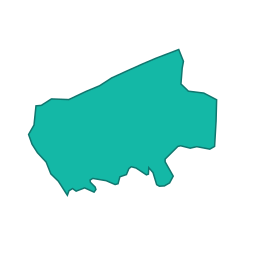 outline of Haeju City, Hwanghae-namdo, North Korea, rotated 327°
{"feature_id": "82179303B26132853361668", "entity_name": "Haeju City", "entity_type": "district", "adm_level": 2, "iso_a3": "PRK", "parent_name": "North Korea", "parent_adm1": "Hwanghae-namdo", "projection": "orthographic", "projection_center": [125.684, 38.062], "detail": "fine", "context": "isolated", "style": "filled", "palette": "teal", "viewbox_px": 256, "rotation_deg": 327, "n_neighbors": 0, "source": "geoboundaries", "source_scale": "gbopen_adm2", "svg_char_len": 906}
<svg xmlns="http://www.w3.org/2000/svg" viewBox="0 0 256 256"><g transform="rotate(327 128 128)"><path d="M212.3,94.8L213.3,89.8L189.4,84.7L175.1,82.2L158.4,79.6L141.6,77.1L127.3,77.1L113.0,74.5L93.8,71.9L79.6,61.9L67.6,61.8L62.9,59.3L50.8,74.3L41.1,79.3L38.7,89.3L38.6,99.4L40.8,112.0L38.3,124.5L40.6,134.6L40.6,139.6L40.5,149.6L40.5,151.4L44.3,148.5L48.5,148.6L50.1,152.7L59.0,154.6L64.6,163.3L67.6,162.1L68.3,159.6L66.9,153.1L67.8,151.0L71.0,151.1L81.0,160.3L86.4,168.4L89.3,169.3L94.6,164.5L101.3,166.2L106.7,162.5L109.7,162.3L113.0,166.0L117.9,177.3L120.0,177.8L123.8,172.6L124.7,179.0L121.2,191.1L122.6,193.9L127.0,196.4L133.0,196.7L139.7,193.0L140.7,176.6L142.2,174.3L159.8,170.6L162.5,171.6L169.2,178.8L175.5,181.1L185.1,190.3L190.6,190.6L205.6,170.2L217.7,152.6L210.6,140.0L198.7,130.0L196.4,119.9L206.0,107.4L210.8,102.3L212.3,94.8Z" fill="#14b8a6" stroke="#0f766e" stroke-width="1.5"/></g></svg>